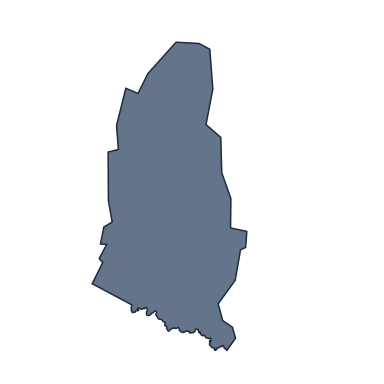 outline of Luakpiny/Nasir, Upper Nile, South Sudan, rotated 28°
{"feature_id": "79223893B70748738440916", "entity_name": "Luakpiny/Nasir", "entity_type": "district", "adm_level": 2, "iso_a3": "SSD", "parent_name": "South Sudan", "parent_adm1": "Upper Nile", "projection": "robinson", "projection_center": [33.401, 8.901], "detail": "fine", "context": "isolated", "style": "filled", "palette": "slate", "viewbox_px": 384, "rotation_deg": 28, "n_neighbors": 0, "source": "geoboundaries", "source_scale": "gbopen_adm2", "svg_char_len": 3473}
<svg xmlns="http://www.w3.org/2000/svg" viewBox="0 0 384 384"><g transform="rotate(28 192 192)"><path d="M192.9,323.4L193.6,323.8L193.8,324.4L194.2,325.1L194.7,325.7L195.5,326.2L196.1,326.4L196.6,326.0L197.3,325.2L197.9,324.9L198.2,324.7L198.3,324.0L198.3,323.2L198.8,322.7L199.3,322.5L199.9,322.2L200.4,321.9L200.2,321.5L199.8,321.2L199.2,321.3L198.9,321.1L198.5,320.6L198.6,320.0L199.1,319.6L199.8,319.4L200.5,319.5L201.5,319.6L202.4,319.2L202.8,319.0L203.3,318.1L203.7,317.6L204.3,317.5L204.8,317.4L205.1,317.0L205.1,316.6L205.2,315.8L205.8,315.5L206.5,315.7L207.0,316.1L207.5,316.6L208.1,316.9L208.2,317.5L208.2,318.2L208.2,318.9L208.2,319.5L208.5,319.9L208.8,320.5L209.1,321.2L209.6,321.7L210.1,321.9L210.8,321.9L211.5,321.5L212.1,320.9L212.6,320.5L213.1,319.5L213.1,318.9L213.1,318.0L213.4,317.5L214.1,317.1L214.5,316.7L214.5,315.7L215.0,314.6L215.4,314.1L216.1,314.1L216.9,314.5L217.3,315.3L217.5,316.5L217.8,317.5L218.4,317.9L219.3,318.2L220.2,318.5L220.7,319.1L221.3,319.6L221.8,319.7L222.5,319.7L223.8,319.2L225.0,319.0L225.7,319.0L226.3,319.5L227.1,319.7L227.8,319.9L228.6,319.9L229.4,319.9L229.9,320.1L230.0,320.8L230.2,321.9L230.7,322.5L231.7,322.8L232.5,322.6L233.0,322.9L233.2,323.4L233.4,324.0L234.1,324.7L234.9,325.2L235.8,325.7L236.7,325.7L237.1,325.6L237.3,325.1L237.2,324.3L237.2,323.8L237.6,323.3L238.0,322.9L238.2,322.2L238.6,321.5L239.2,321.2L239.8,320.7L240.3,320.4L240.9,320.3L241.7,320.1L242.2,319.7L242.5,319.3L242.8,318.6L243.2,318.2L243.7,318.2L244.4,318.4L244.9,318.8L245.2,319.1L245.5,319.7L245.9,320.0L246.7,320.4L247.5,320.3L248.2,320.6L248.9,320.7L249.5,320.3L250.2,320.1L250.8,319.6L251.6,318.3L252.2,317.5L252.8,317.2L253.5,317.2L254.1,317.0L254.6,316.4L255.0,316.4L255.6,317.0L256.1,317.4L256.6,317.4L257.0,317.2L257.3,316.6L257.9,316.3L258.4,315.9L259.1,315.6L259.4,315.5L259.6,314.7L259.9,314.0L259.9,313.0L259.8,312.3L259.6,311.9L259.6,311.4L259.9,311.2L260.4,311.0L261.1,310.6L261.6,310.4L262.0,310.5L262.2,311.1L262.6,311.5L263.0,311.6L263.5,311.9L263.6,312.4L263.8,312.7L264.1,312.9L264.5,312.9L264.6,312.5L265.1,312.1L265.5,312.2L265.6,312.6L265.9,313.1L266.8,313.6L267.7,314.0L268.5,313.9L268.9,313.9L269.4,313.3L269.8,313.0L270.6,313.1L271.5,313.3L272.0,313.5L272.5,314.1L272.9,314.2L273.4,314.0L274.1,313.7L274.8,313.7L275.5,313.5L276.1,313.2L276.6,312.4L277.1,312.2L277.4,312.3L277.8,312.9L277.9,313.5L278.1,314.0L278.0,314.4L277.5,314.8L277.4,315.3L277.5,315.4L277.7,315.8L278.2,315.5L278.7,315.4L279.0,315.8L278.8,316.2L278.6,317.1L278.8,318.0L279.3,318.7L279.7,318.9L280.4,318.9L281.0,319.1L281.4,319.6L281.7,319.8L282.4,319.8L283.0,319.8L283.5,319.8L284.1,319.7L284.8,319.4L285.2,319.3L285.4,319.5L285.7,319.9L285.7,320.3L286.1,321.0L286.5,321.0L286.8,320.8L287.3,320.3L287.6,319.7L287.5,319.3L287.5,318.8L287.5,318.0L287.9,317.5L288.5,317.3L288.9,316.5L289.2,315.8L289.7,315.1L290.4,314.8L290.9,314.4L290.9,313.8L291.1,313.0L291.7,312.9L292.2,313.1L292.6,313.6L293.2,314.1L293.6,314.6L294.2,314.8L295.0,314.8L295.5,314.6L296.0,314.7L296.2,315.1L296.9,315.6L297.1,315.6L299.1,300.7L291.2,292.4L279.4,291.1L267.6,278.4L271.6,249.7L262.0,220.3L265.4,215.8L258.9,201.1L242.9,205.6L229.4,179.5L209.2,161.0L191.8,130.3L172.7,125.9L162.1,91.4L140.7,57.6L128.4,57.6L107.6,67.2L97.5,108.0L98.1,130.3L84.9,131.5L94.1,168.6L107.0,189.0L99.2,196.1L122.2,238.8L135.6,256.0L130.6,264.3L135.6,280.9L141.3,278.4L141.3,294.3L146.3,296.3L146.9,319.9L191.8,319.9L192.9,323.4Z" fill="#64748b" stroke="#1e293b" stroke-width="1.5"/></g></svg>